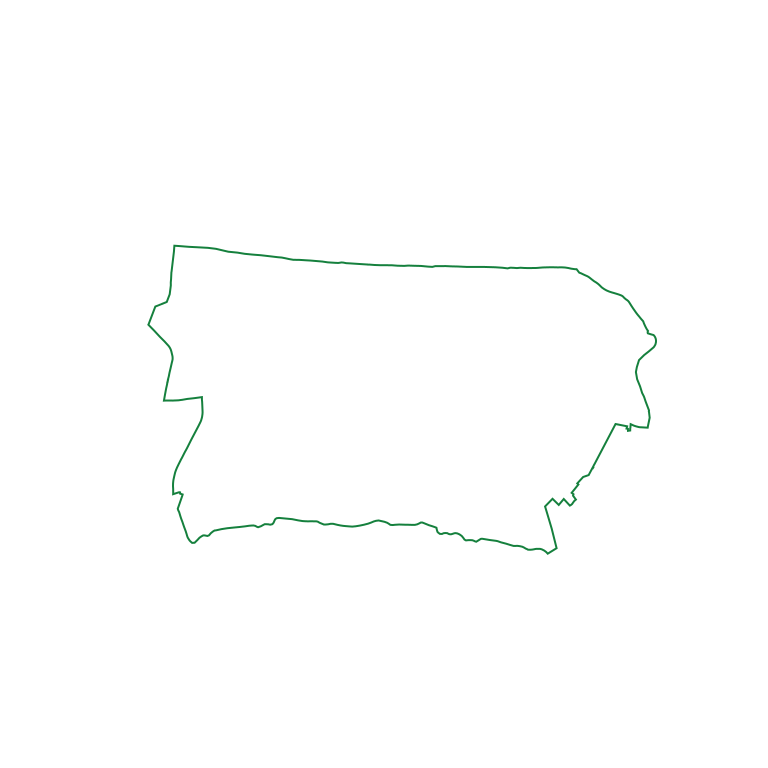 Deir Al Balah, Gaza Strip, Palestine (Equal Earth projection), rotated 55°
{"feature_id": "87354302B22339434669936", "entity_name": "Deir Al Balah", "entity_type": "district", "adm_level": 2, "iso_a3": "PSE", "parent_name": "Palestine", "parent_adm1": "Gaza Strip", "projection": "equal_earth", "projection_center": [34.378, 31.42], "detail": "fine", "context": "isolated", "style": "outline", "palette": "green", "viewbox_px": 768, "rotation_deg": 55, "n_neighbors": 0, "source": "geoboundaries", "source_scale": "gbopen_adm2", "svg_char_len": 6141}
<svg xmlns="http://www.w3.org/2000/svg" viewBox="0 0 768 768"><g transform="rotate(55 384 384)"><path d="M400.4,160.4L399.6,161.6L396.9,164.5L394.8,166.4L392.5,168.8L390.6,171.2L387.9,175.1L384.3,180.0L379.6,187.1L376.5,192.4L371.9,199.2L369.6,202.3L367.0,205.6L365.3,208.6L362.7,211.8L361.1,214.0L360.2,216.4L356.7,220.3L352.2,225.9L345.2,235.3L336.0,248.5L330.2,256.0L326.3,261.3L322.9,265.7L316.9,274.3L315.8,277.2L313.1,280.6L308.5,286.0L304.3,291.7L300.9,296.2L298.9,299.6L295.0,304.9L291.3,309.4L287.5,314.7L284.4,319.1L281.0,323.6L277.7,327.6L277.0,328.7L276.6,329.0L276.0,329.8L270.8,336.3L265.9,342.4L263.3,345.7L261.2,347.7L260.0,349.2L258.7,351.9L257.2,353.9L252.9,359.3L252.0,360.4L248.3,364.3L240.8,373.3L237.0,378.1L236.5,378.7L233.5,382.5L230.3,387.0L227.3,390.0L224.5,392.6L221.8,395.2L219.2,398.3L214.2,403.9L207.9,411.0L202.8,417.2L197.4,423.5L192.4,428.6L186.3,435.7L176.9,444.1L171.5,450.1L166.0,457.1L159.6,465.3L153.4,472.8L150.5,476.4L151.7,477.4L154.9,480.0L169.9,493.4L170.7,494.2L176.0,498.3L178.5,500.4L181.0,502.1L187.6,508.1L192.2,514.9L189.4,526.9L200.2,542.8L200.3,543.0L202.8,542.6L208.2,541.7L216.9,540.5L223.1,539.4L228.5,538.7L229.2,538.6L229.9,538.6L230.6,538.6L231.3,538.6L232.0,538.7L232.7,538.8L233.3,538.9L234.0,539.1L235.0,539.4L235.3,539.5L239.6,541.2L240.6,541.7L241.7,542.4L242.5,543.0L242.9,543.4L244.1,544.7L244.4,545.1L248.4,549.5L251.7,553.2L254.4,556.0L256.5,558.5L256.6,558.4L258.3,560.2L258.2,560.3L258.8,561.0L259.6,561.6L262.7,565.0L267.0,569.4L271.1,573.5L271.4,573.8L272.8,571.6L274.8,568.8L276.3,566.7L277.7,564.5L279.3,562.0L279.8,561.1L280.3,560.1L281.2,558.4L283.4,553.7L286.7,547.7L290.3,540.7L292.2,542.0L293.2,542.6L294.3,543.2L296.5,544.6L302.0,548.1L302.9,548.7L303.6,549.2L304.7,550.1L305.1,550.5L306.1,551.4L306.7,552.0L307.5,552.9L308.2,553.8L308.8,554.5L309.2,555.1L309.6,555.7L311.9,559.9L319.0,573.7L323.7,582.4L325.7,586.5L328.6,591.9L329.2,593.2L331.9,598.2L333.8,601.6L334.4,602.5L334.8,603.2L336.2,605.2L336.9,606.1L339.3,608.8L341.9,611.6L342.9,612.5L344.3,613.7L345.1,614.3L346.6,615.4L349.2,617.0L352.8,619.5L353.3,619.9L354.9,614.7L355.0,614.3L355.2,614.0L355.3,613.7L355.5,613.5L355.8,613.2L356.9,613.9L359.0,612.3L359.6,613.0L367.9,624.5L369.1,624.9L370.1,625.1L371.5,625.3L372.4,625.6L373.0,625.8L375.4,626.6L376.7,627.0L378.4,627.5L381.2,628.2L384.9,629.3L387.1,629.9L390.6,630.8L391.9,631.2L393.8,631.8L395.2,632.3L396.2,632.6L397.0,632.8L397.6,632.9L398.2,632.9L399.5,633.0L400.8,633.0L402.1,632.8L403.3,632.5L404.1,632.3L405.4,630.2L404.8,626.5L404.1,623.3L404.1,620.9L404.3,619.0L405.2,617.7L407.2,615.8L407.6,614.1L406.9,611.5L406.7,608.8L406.8,606.9L407.5,605.6L409.7,600.3L412.3,595.0L415.7,588.9L418.3,584.3L420.9,579.5L422.7,575.9L424.1,573.5L425.0,572.1L426.4,570.8L427.9,570.1L429.1,569.3L429.9,566.5L430.2,563.8L430.4,562.2L431.1,561.2L432.4,559.4L433.4,558.5L434.1,557.7L434.8,555.8L434.3,554.0L432.7,551.4L432.3,550.3L432.4,548.8L433.5,546.8L442.0,536.8L446.5,532.5L449.6,529.3L451.5,526.9L453.0,524.9L454.7,522.3L456.5,519.9L457.7,518.2L458.8,517.2L460.8,516.3L464.7,513.8L465.6,512.5L466.9,510.2L467.9,507.9L469.3,505.9L472.7,502.9L474.9,500.8L476.7,498.9L478.5,496.8L480.5,494.4L482.6,491.8L484.3,488.8L486.0,485.3L487.8,481.1L489.3,477.1L490.2,473.7L490.7,471.3L491.5,469.0L492.7,466.7L497.2,462.6L499.5,461.0L501.3,460.2L503.0,459.6L504.5,457.8L505.6,455.8L507.8,452.2L511.1,447.8L513.7,444.2L515.8,441.4L517.1,439.5L518.0,437.3L518.4,435.1L518.6,433.3L519.4,432.1L521.2,430.9L525.4,428.2L528.1,426.1L530.3,424.5L531.8,423.5L533.9,424.4L535.8,425.0L537.0,424.8L538.8,424.2L540.1,422.5L540.4,420.8L541.2,419.3L542.5,417.7L543.8,417.1L544.7,416.4L545.6,415.2L546.2,413.4L546.6,412.0L547.2,410.9L548.5,409.6L550.5,408.4L553.0,407.5L555.3,407.3L557.6,407.3L559.1,406.6L560.4,404.3L561.5,402.7L562.6,401.3L563.8,400.4L565.1,399.7L566.1,398.9L566.3,395.9L566.4,393.6L566.7,392.9L567.4,392.0L567.9,391.5L572.5,386.8L576.9,382.0L578.0,381.0L580.8,379.0L584.8,375.6L588.3,372.9L591.0,370.7L593.3,367.3L594.8,365.7L596.7,364.0L598.5,363.0L600.0,362.4L601.2,361.6L602.3,361.1L603.7,359.2L604.6,357.7L605.4,356.0L606.0,354.6L606.4,353.8L608.5,350.8L609.9,349.6L612.3,348.3L614.7,347.5L616.9,347.2L617.5,336.8L598.7,329.6L583.1,324.4L576.7,322.3L574.7,311.8L583.3,310.2L581.3,302.7L590.2,301.5L590.3,300.5L590.3,299.6L590.2,299.0L590.2,298.7L590.1,298.4L589.7,297.5L589.5,296.8L589.2,296.1L589.0,295.4L588.9,294.7L588.8,293.5L588.7,293.3L588.7,293.1L583.9,293.2L583.0,292.0L580.8,292.7L577.8,282.4L576.3,282.7L574.4,274.2L576.0,268.6L572.5,261.7L572.8,261.4L572.4,260.5L572.0,260.7L571.4,259.5L571.0,258.9L570.3,257.4L551.0,220.0L549.6,217.3L558.1,209.1L559.6,210.9L560.6,209.9L562.3,211.0L563.3,209.0L562.5,208.4L561.7,207.9L561.2,207.3L558.4,205.0L561.4,203.2L562.1,202.7L563.4,201.7L564.7,200.6L565.3,200.1L565.7,199.7L566.1,199.3L566.7,198.5L570.9,193.2L571.0,193.0L570.7,192.8L564.0,185.7L558.6,182.8L558.2,182.7L558.0,182.4L557.8,182.2L557.7,182.1L548.3,179.7L547.3,179.4L545.6,178.9L544.3,178.5L543.0,178.2L539.4,177.7L532.8,175.6L525.3,173.9L518.7,170.8L515.2,167.2L510.7,161.4L509.5,154.2L509.2,148.5L508.6,142.2L508.5,141.8L508.4,141.4L508.0,140.5L507.8,140.0L507.4,139.2L506.9,138.5L506.3,137.9L505.9,137.4L505.3,136.9L504.5,136.3L503.9,136.0L503.2,135.6L502.2,135.3L501.4,135.1L500.7,135.0L500.0,135.0L499.1,135.0L498.4,135.2L496.1,137.1L493.8,138.8L493.2,138.6L492.8,138.3L492.3,137.9L492.0,137.3L490.0,137.3L488.9,137.2L486.7,136.9L485.6,136.7L483.4,136.3L481.3,135.7L477.9,136.1L474.9,136.3L472.5,136.5L470.1,136.6L467.6,136.6L465.0,136.6L461.6,136.5L457.8,136.3L456.8,136.3L456.0,136.4L455.6,136.5L454.6,136.8L453.3,137.3L452.1,137.6L450.8,137.9L449.6,138.0L449.1,138.2L448.4,138.4L448.0,138.6L447.6,138.8L447.2,139.1L445.7,140.1L444.1,141.3L441.3,143.5L439.6,144.9L438.8,145.5L437.6,146.4L436.5,147.1L434.9,148.1L433.6,148.7L432.8,149.1L431.2,149.7L429.8,150.2L428.7,150.4L426.5,150.8L425.2,151.1L424.5,151.3L422.7,151.9L420.4,152.9L419.5,153.2L418.5,153.5L417.6,153.8L415.5,154.4L414.2,154.8L413.2,155.2L412.2,155.7L409.9,157.1L407.8,158.3L406.5,159.0L404.8,160.2L400.4,160.4Z" fill="none" stroke="#15803d" stroke-width="2"/></g></svg>